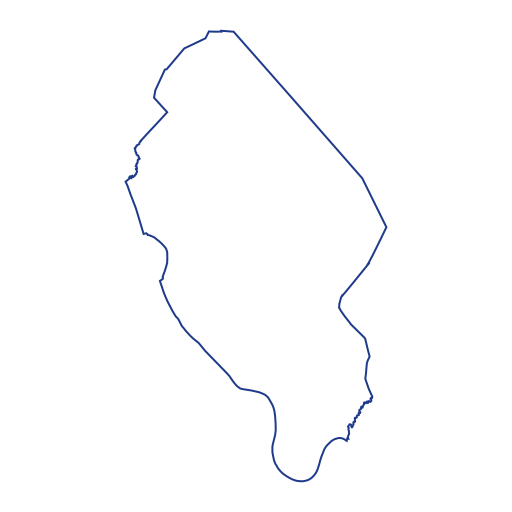 the district of Beesel, Limburg, Netherlands, rotated 270°
{"feature_id": "6326949B64998271087377", "entity_name": "Beesel", "entity_type": "district", "adm_level": 2, "iso_a3": "NLD", "parent_name": "Netherlands", "parent_adm1": "Limburg", "projection": "robinson", "projection_center": [6.061, 51.27], "detail": "fine", "context": "isolated", "style": "outline", "palette": "blue", "viewbox_px": 512, "rotation_deg": 270, "n_neighbors": 0, "source": "geoboundaries", "source_scale": "gbopen_adm2", "svg_char_len": 5704}
<svg xmlns="http://www.w3.org/2000/svg" viewBox="0 0 512 512"><g transform="rotate(270 256 256)"><path d="M32.3,308.7L33.2,310.3L33.5,310.7L34.7,312.2L35.5,313.0L36.3,313.8L38.0,315.1L38.8,315.7L40.4,316.6L42.7,317.6L47.0,319.0L48.9,319.5L51.9,320.3L55.9,321.6L57.3,322.2L60.9,323.6L63.0,324.5L63.9,325.0L64.8,325.6L65.6,326.2L66.5,326.9L69.1,329.5L70.8,331.3L71.4,332.2L72.1,333.2L72.6,334.2L73.2,335.8L73.8,337.8L74.0,339.1L74.0,340.1L73.6,342.3L73.2,343.4L72.8,344.1L72.4,344.8L71.1,346.7L73.6,347.3L73.3,348.3L74.9,347.9L75.4,348.0L75.9,348.2L77.2,348.6L77.6,348.9L78.1,349.1L78.6,349.1L79.9,348.9L80.4,348.9L81.1,348.9L81.7,348.7L82.5,348.5L83.0,348.4L83.8,348.7L84.1,348.7L84.5,348.5L85.1,348.1L85.4,348.0L85.7,348.2L86.2,348.6L86.6,348.9L87.4,349.4L87.6,349.5L87.7,349.9L87.7,350.3L87.6,350.6L87.5,350.8L87.1,351.1L86.5,351.2L85.8,351.3L85.4,351.4L84.9,351.6L84.7,351.8L84.7,352.1L84.8,352.2L85.2,352.5L86.7,352.9L87.4,353.4L88.1,353.6L88.5,353.5L88.8,353.4L89.2,353.3L89.5,353.4L89.9,353.5L90.0,353.8L90.2,354.1L90.2,354.6L90.2,354.9L90.5,355.1L90.9,355.1L92.1,354.8L92.7,354.9L93.0,354.9L93.7,354.8L94.0,354.8L94.2,355.1L94.2,356.3L94.5,356.7L94.6,356.8L95.6,356.7L96.0,356.8L96.6,357.2L96.7,357.5L96.8,358.5L97.1,358.9L98.8,358.6L99.0,358.7L99.1,358.8L98.9,359.9L99.1,360.1L99.4,360.3L99.8,360.3L100.1,360.1L101.1,359.3L101.4,359.2L101.9,359.3L102.2,359.5L102.4,359.8L102.7,360.5L102.9,360.9L103.1,361.1L103.3,361.2L103.9,361.1L104.7,361.1L105.0,361.1L105.2,361.3L105.3,361.4L105.2,361.6L104.4,362.1L104.4,362.4L104.5,362.6L104.9,362.7L105.5,362.8L106.2,363.1L106.5,363.1L107.0,363.6L107.7,364.1L108.9,363.9L109.2,363.9L109.4,364.0L109.5,364.2L109.5,364.7L109.3,365.0L108.9,365.6L108.8,365.9L108.8,366.0L109.0,366.2L109.7,366.4L110.1,366.5L110.3,366.6L110.4,366.8L109.3,367.3L109.1,367.5L109.0,367.8L109.2,368.1L110.9,368.7L110.9,368.9L110.7,369.3L110.3,369.7L110.1,370.0L110.1,370.3L110.2,370.5L110.9,371.1L111.2,371.3L111.6,371.3L112.0,371.2L112.7,370.7L113.0,370.5L113.5,370.6L113.9,370.8L114.1,371.2L114.1,371.8L114.0,372.0L114.4,372.2L115.8,372.2L116.2,371.9L122.2,369.2L123.9,368.5L132.3,365.6L133.4,365.3L138.6,366.0L145.0,366.5L148.8,366.9L150.4,367.4L151.4,367.7L154.1,369.0L155.5,369.6L162.4,367.8L172.8,365.3L173.4,365.1L174.0,364.7L174.6,364.2L177.9,360.8L183.3,355.4L185.3,353.3L187.6,351.0L190.8,348.6L195.5,344.9L197.7,343.3L201.2,340.9L202.3,340.2L204.1,339.3L204.4,339.0L204.6,339.1L205.1,339.2L207.5,339.3L208.7,339.5L212.1,340.4L214.6,341.1L215.1,341.3L216.3,342.1L216.5,342.2L216.3,342.4L228.3,352.4L247.4,367.9L247.5,368.1L248.2,368.6L248.2,368.0L249.3,368.7L257.0,372.8L274.8,381.6L275.4,381.7L275.8,382.0L276.7,382.5L283.4,385.7L284.4,386.2L284.8,386.4L333.7,362.3L415.0,291.1L480.3,233.6L481.3,220.2L480.3,222.5L480.4,220.2L480.3,216.0L480.5,208.9L473.7,205.5L463.6,184.3L442.8,166.7L442.4,164.9L421.9,155.4L414.3,154.0L399.8,167.2L392.7,160.7L377.8,146.8L371.9,141.4L371.9,141.5L371.5,141.2L370.5,140.6L369.7,139.8L369.3,139.5L368.8,139.3L368.0,139.3L367.5,138.5L366.6,136.7L366.3,136.5L366.0,136.6L365.5,136.4L364.9,135.7L364.4,135.5L364.0,135.4L363.9,135.2L363.8,134.8L363.7,134.8L363.6,134.7L363.3,134.8L362.9,135.2L362.4,135.2L361.5,135.3L360.3,135.4L359.5,136.2L359.3,136.3L358.8,136.3L358.3,136.2L357.9,136.3L357.7,136.4L357.3,136.8L356.9,137.1L356.7,137.3L356.6,137.9L356.5,138.1L355.5,138.7L354.9,138.6L354.7,138.6L354.0,139.2L353.4,139.6L353.2,139.6L352.8,139.3L352.8,139.1L352.9,138.8L352.8,138.7L352.5,138.5L352.4,138.4L352.3,138.2L352.2,137.9L351.8,137.7L351.4,137.7L350.0,137.7L348.6,137.2L348.6,136.8L348.1,136.6L347.7,136.4L347.1,136.4L346.9,136.2L346.5,136.1L346.1,135.9L345.9,135.8L345.8,136.0L345.8,136.5L345.7,136.6L345.0,136.5L344.9,136.5L344.6,136.8L343.9,136.8L343.2,137.0L342.8,136.8L342.8,136.6L343.2,136.3L343.3,136.2L343.1,135.9L342.7,136.0L342.5,136.4L342.3,136.5L341.7,136.6L341.4,136.7L340.9,137.0L340.5,137.1L339.7,136.8L339.2,136.4L338.6,136.2L337.7,136.0L337.6,135.9L337.5,135.7L337.2,135.1L336.9,135.0L336.4,134.9L335.8,134.2L335.6,133.6L335.7,133.3L335.5,133.2L335.2,133.4L335.0,133.2L335.5,132.6L335.4,132.3L335.6,132.3L336.0,132.5L336.2,132.3L336.1,132.2L336.0,131.9L335.7,131.8L335.2,132.1L334.9,132.1L334.5,131.9L334.3,131.8L334.2,131.5L334.1,131.4L334.8,131.1L335.7,130.5L335.7,130.1L335.1,129.7L334.9,129.5L334.8,129.4L334.5,129.8L334.2,129.9L333.9,130.0L333.8,129.8L333.5,129.4L330.3,125.6L326.2,127.5L317.1,130.7L314.4,131.8L303.4,136.0L278.1,143.6L278.7,146.4L277.7,147.5L277.0,147.7L277.0,147.9L277.0,148.1L276.9,148.6L276.7,149.4L274.9,153.8L274.7,154.2L272.2,157.2L271.2,158.6L270.2,159.7L268.7,161.4L265.7,164.2L263.7,165.8L262.8,166.3L261.1,166.8L259.7,167.2L255.3,167.3L253.2,167.3L250.7,167.2L249.4,167.2L245.5,166.2L240.7,164.7L238.4,163.8L234.9,162.6L234.0,163.0L232.9,162.6L231.1,159.9L219.1,163.9L214.7,165.7L210.2,167.7L201.6,172.2L195.8,175.6L193.1,178.2L185.9,181.9L183.6,183.9L181.0,185.9L175.9,190.6L173.0,193.7L169.1,198.6L161.3,205.0L156.0,210.1L153.7,212.4L151.4,214.6L139.9,225.8L136.1,229.3L131.7,232.3L128.6,234.6L126.0,236.9L123.4,240.4L122.8,243.2L121.5,251.4L120.5,255.9L119.7,259.3L118.4,262.6L117.1,265.3L115.2,267.4L114.3,268.2L113.6,268.7L107.3,272.3L105.1,273.2L103.7,273.7L100.4,274.5L96.8,275.0L94.6,275.2L88.7,275.6L83.6,275.7L81.9,275.7L80.9,275.6L77.3,275.2L76.4,275.0L67.6,272.8L65.2,272.4L64.3,272.4L60.5,272.4L58.5,272.6L56.5,273.0L52.6,273.8L50.1,274.6L48.1,275.4L47.0,276.2L45.7,276.9L44.4,277.6L42.6,278.9L41.3,280.0L40.3,280.9L39.3,281.9L38.5,282.8L37.9,283.6L36.2,286.0L35.4,287.2L34.7,288.4L32.9,291.8L32.5,292.7L32.1,293.8L31.6,295.2L31.3,296.3L31.0,297.8L30.9,299.1L30.7,302.3L30.8,303.3L31.0,304.4L31.7,307.2L32.3,308.7Z" fill="none" stroke="#1e3a8a" stroke-width="2"/></g></svg>